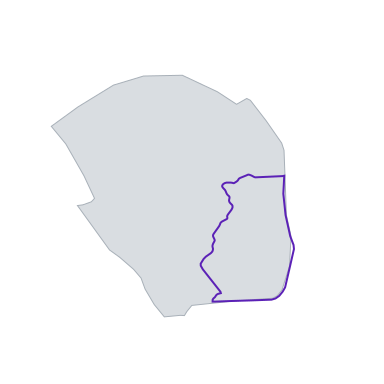 eSwatini, with Hhohho highlighted, rotated 145°
{"feature_id": "SWZ-534", "entity_name": "Hhohho", "entity_type": "District", "adm_level": 1, "iso_a3": "SWZ", "parent_name": "eSwatini", "parent_adm1": "", "projection": "orthographic", "projection_center": [31.368, -26.096], "detail": "fine", "context": "in_parent", "style": "outline", "palette": "violet", "viewbox_px": 384, "rotation_deg": 145, "n_neighbors": 0, "source": "natural_earth", "source_scale": "10m", "svg_char_len": 1927}
<svg xmlns="http://www.w3.org/2000/svg" viewBox="0 0 384 384"><g transform="rotate(145 192 192)"><path d="M269.1,95.1L272.2,97.6L286.3,105.6L287.5,121.4L286.1,139.4L283.1,150.7L284.2,162.1L288.6,179.7L292.8,191.8L293.6,246.6L288.8,244.1L280.1,241.7L275.5,242.7L271.2,267.3L267.8,303.8L269.6,326.5L236.6,327.1L195.0,324.6L165.2,314.8L133.0,293.2L113.7,259.5L105.2,238.3L93.5,237.2L91.6,233.6L90.4,207.7L90.5,180.6L92.7,173.4L114.4,139.8L127.9,119.0L136.3,98.9L154.7,75.3L174.4,60.2L181.8,58.1L186.8,58.7L221.6,79.5L257.2,99.2L264.9,97.0L269.1,95.1Z" fill="#d9dde1" stroke="#a8b0b8" stroke-width="1"/><path d="M184.7,56.9L188.6,58.2L205.0,68.8L221.3,79.5L235.5,88.7L238.0,90.4L236.9,91.9L236.1,92.3L235.1,92.6L234.2,92.6L233.3,92.8L231.6,93.5L230.7,93.7L229.7,93.7L228.8,93.5L226.4,92.6L225.9,94.0L227.5,122.4L227.1,126.6L226.0,128.3L220.9,130.5L217.7,131.1L211.6,131.1L210.6,131.3L209.4,131.6L208.1,132.6L207.4,133.4L206.6,135.4L206.2,136.0L205.7,136.6L204.3,137.6L201.9,138.8L201.2,139.3L200.8,140.1L200.3,143.0L200.1,143.7L199.8,144.2L199.4,144.7L198.3,145.3L189.3,148.5L187.7,149.4L186.8,150.1L185.8,150.5L184.4,150.6L179.0,149.9L178.3,150.1L177.8,150.7L177.5,151.2L177.2,151.9L176.9,152.2L176.3,152.6L174.8,153.2L170.2,154.7L168.7,155.4L167.7,156.1L167.1,156.9L166.7,157.6L166.6,158.5L167.0,160.7L167.1,162.1L166.9,163.0L166.4,164.0L164.6,165.7L164.1,166.6L164.1,167.5L164.4,168.6L164.6,170.0L164.4,171.5L164.0,173.1L163.8,174.7L164.2,177.5L164.2,178.8L163.9,179.6L163.1,180.2L161.8,180.6L160.1,180.5L158.3,179.9L155.0,177.6L153.8,176.5L153.0,175.5L152.5,175.2L151.6,175.1L149.6,175.0L148.2,175.1L147.3,175.4L146.0,176.0L144.4,175.9L137.5,174.3L136.6,174.2L135.7,173.8L135.0,173.1L133.8,171.3L132.5,168.7L132.1,168.1L131.6,167.6L108.9,153.2L107.1,152.4L118.2,138.2L128.6,119.4L136.9,99.4L139.2,90.4L141.2,86.8L154.8,74.5L170.4,60.5L174.8,58.4L180.1,56.9L184.7,56.9Z" fill="none" stroke="#5b21b6" stroke-width="2"/></g></svg>